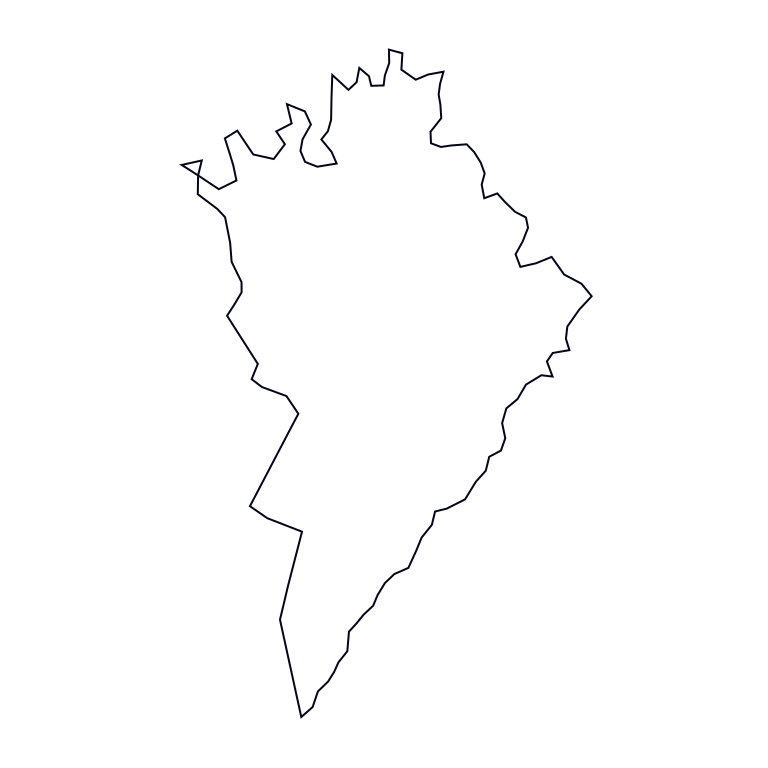 Santa Cecília do Pavão, Paraná, Brazil, rotated 91°
{"feature_id": "56859067B22912882563393", "entity_name": "Santa Cecília do Pavão", "entity_type": "district", "adm_level": 2, "iso_a3": "BRA", "parent_name": "Brazil", "parent_adm1": "Paraná", "projection": "mercator", "projection_center": [-50.812, -23.543], "detail": "fine", "context": "isolated", "style": "outline", "palette": "ink", "viewbox_px": 768, "rotation_deg": 91, "n_neighbors": 0, "source": "geoboundaries", "source_scale": "gbopen_adm2", "svg_char_len": 1731}
<svg xmlns="http://www.w3.org/2000/svg" viewBox="0 0 768 768"><g transform="rotate(91 384 384)"><path d="M49.6,384.9L63.0,384.4L75.5,388.5L85.5,389.6L86.1,401.9L76.5,404.4L68.4,414.2L82.8,416.7L90.5,424.7L75.9,441.1L99.9,441.5L120.8,441.5L132.2,444.5L140.6,450.9L152.9,440.4L164.4,435.2L167.9,454.5L163.3,466.8L152.5,471.6L140.8,469.7L125.8,461.6L112.8,467.9L105.9,485.9L125.1,480.9L133.3,496.1L146.0,487.3L161.0,498.2L156.8,518.7L133.3,535.1L141.2,547.4L154.8,542.8L168.1,538.5L183.1,535.1L192.1,552.6L178.7,573.5L197.5,573.5L211.9,553.7L220.0,545.8L245.5,540.3L264.5,538.5L284.7,528.2L294.9,528.0L308.3,535.7L318.5,542.1L366.1,510.5L381.5,516.4L389.2,505.9L397.8,481.3L415.3,469.1L425.9,474.5L508.5,515.9L520.2,498.4L533.1,463.4L588.2,476.6L608.0,480.9L621.4,483.9L718.4,460.9L708.2,449.7L692.5,444.7L682.5,434.7L672.7,428.8L663.1,424.7L651.8,416.0L632.2,414.7L623.7,407.2L614.9,400.3L605.9,391.0L595.1,386.7L583.0,379.6L573.8,370.3L567.4,356.4L550.2,348.9L536.9,343.7L524.0,333.7L510.6,330.7L507.5,319.1L497.9,300.9L480.2,290.5L468.9,280.7L454.9,277.5L448.5,265.9L436.1,261.8L421.1,265.2L406.3,261.3L396.7,250.2L382.1,242.0L372.5,226.8L373.6,215.6L358.6,221.5L350.0,215.8L346.9,199.2L335.6,202.9L323.3,201.7L314.7,195.8L306.2,190.1L292.6,177.9L280.3,188.3L271.4,205.8L254.0,218.6L260.7,234.3L264.5,249.7L252.0,254.7L239.2,247.9L225.3,242.7L215.0,245.0L209.6,255.9L200.2,265.9L191.5,274.1L196.5,287.0L182.9,289.8L171.7,287.0L161.0,291.1L150.4,298.0L142.9,305.5L144.3,320.7L146.0,331.2L142.5,341.2L131.0,341.9L117.2,331.4L103.7,332.5L93.6,334.4L83.0,333.2L70.7,330.0L73.8,345.3L79.2,357.6L69.4,372.1L53.0,371.4L49.6,384.9ZM178.7,573.5L163.7,570.1L168.5,590.1L178.7,573.5Z" fill="none" stroke="#020617" stroke-width="2"/></g></svg>